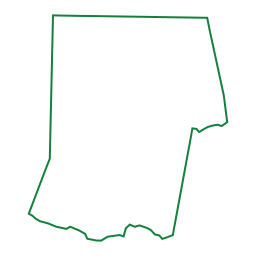 Santa Maria, Rio Grande do Norte, Brazil
{"feature_id": "56859067B38778950588818", "entity_name": "Santa Maria", "entity_type": "district", "adm_level": 2, "iso_a3": "BRA", "parent_name": "Brazil", "parent_adm1": "Rio Grande do Norte", "projection": "robinson", "projection_center": [-35.718, -5.794], "detail": "fine", "context": "isolated", "style": "outline", "palette": "green", "viewbox_px": 256, "rotation_deg": 0, "n_neighbors": 0, "source": "geoboundaries", "source_scale": "gbopen_adm2", "svg_char_len": 688}
<svg xmlns="http://www.w3.org/2000/svg" viewBox="0 0 256 256"><path d="M53.0,15.4L49.8,158.6L44.6,171.9L28.8,213.7L32.5,215.8L35.7,218.7L40.0,221.2L48.4,223.5L56.2,226.7L66.5,228.9L70.2,226.7L74.2,228.4L78.6,230.2L85.2,233.9L87.2,238.7L96.2,240.5L101.2,240.6L107.6,236.7L115.0,235.7L119.6,235.0L123.6,236.4L125.8,228.3L129.8,224.6L134.8,226.8L139.4,225.4L147.0,228.0L150.8,230.0L154.9,234.5L159.2,235.4L162.3,238.9L167.0,237.3L172.8,235.1L190.0,141.8L192.4,128.4L196.4,128.9L199.1,132.0L204.4,128.8L207.8,127.0L212.4,125.6L217.8,124.7L221.6,126.1L227.2,122.1L223.8,95.5L209.6,29.9L208.8,25.8L207.2,17.8L97.2,16.1L79.4,15.9L53.0,15.4Z" fill="none" stroke="#15803d" stroke-width="2"/></svg>